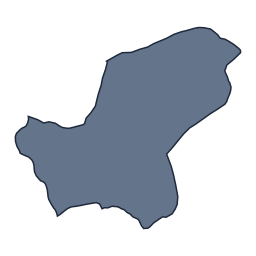 outline of Lingmukha, Punakha, Bhutan
{"feature_id": "84629894B76511771149478", "entity_name": "Lingmukha", "entity_type": "district", "adm_level": 2, "iso_a3": "BTN", "parent_name": "Bhutan", "parent_adm1": "Punakha", "projection": "robinson", "projection_center": [89.91, 27.547], "detail": "fine", "context": "isolated", "style": "filled", "palette": "slate", "viewbox_px": 256, "rotation_deg": 0, "n_neighbors": 0, "source": "geoboundaries", "source_scale": "gbopen_adm2", "svg_char_len": 2260}
<svg xmlns="http://www.w3.org/2000/svg" viewBox="0 0 256 256"><path d="M57.4,216.1L59.7,214.7L62.7,212.4L65.3,210.2L68.2,208.2L71.6,206.8L75.3,206.4L81.6,205.3L87.1,204.1L88.7,203.9L89.7,203.7L92.1,203.3L96.2,202.6L99.6,204.0L102.1,208.8L103.6,208.0L105.0,207.7L106.2,207.8L107.4,207.9L108.7,207.5L110.5,206.9L111.5,206.4L113.0,206.3L114.5,206.5L116.3,206.6L117.5,206.8L119.4,207.5L121.1,208.6L122.2,209.1L123.1,209.2L124.3,209.8L127.0,212.4L127.9,212.9L129.6,213.8L130.4,214.3L131.3,215.3L132.1,216.1L132.9,216.8L133.9,217.4L136.9,218.6L138.7,219.9L141.5,225.8L143.6,228.5L147.8,228.2L150.0,226.7L153.4,223.1L158.0,219.9L160.4,218.3L162.5,216.9L166.2,217.2L172.2,213.8L175.3,208.9L177.2,204.2L177.8,196.5L177.6,195.5L176.0,186.7L175.8,185.5L173.5,174.9L171.3,166.6L166.6,154.1L171.1,149.1L173.6,146.1L177.7,141.1L179.4,139.0L183.6,133.9L187.6,130.0L189.7,127.9L196.5,123.6L197.4,122.9L202.9,119.0L210.6,113.5L214.2,111.3L219.0,108.2L224.9,104.2L226.7,101.5L227.8,98.2L229.9,93.3L230.7,90.2L231.0,87.2L229.8,82.9L228.7,81.3L227.4,76.9L225.5,72.9L224.8,70.6L225.5,68.9L226.9,64.9L227.8,64.2L233.5,59.5L234.3,58.8L240.6,52.6L240.4,50.2L238.5,48.2L233.6,44.3L228.3,41.0L225.0,39.2L220.1,38.2L217.8,34.9L213.6,31.4L210.5,29.0L206.9,28.3L203.9,27.7L198.5,27.5L194.1,28.4L186.0,30.7L181.3,31.8L173.8,34.4L167.6,37.7L166.5,38.3L164.9,39.0L154.0,43.5L147.5,47.1L140.0,49.2L131.5,52.4L122.3,52.7L116.9,55.3L106.5,61.2L107.4,61.9L105.7,68.9L102.5,78.2L101.2,85.2L98.5,93.5L96.8,100.1L95.4,106.1L91.0,112.6L86.1,118.2L84.6,123.6L82.8,124.8L80.9,125.3L70.5,128.0L68.8,128.3L67.2,128.2L66.1,128.1L63.4,127.7L61.5,127.1L60.0,126.3L55.2,123.2L48.9,121.8L43.7,123.0L37.7,119.7L28.3,116.4L28.6,119.1L27.9,122.0L27.1,124.1L26.1,125.8L25.0,126.8L24.0,127.3L22.3,128.0L20.9,129.0L19.4,130.3L17.9,132.0L16.8,133.0L16.1,134.3L15.4,136.4L15.4,138.6L15.6,141.7L16.9,146.2L19.5,151.0L20.1,153.1L21.4,153.9L24.8,155.4L26.7,156.3L28.7,157.0L30.4,158.6L31.6,159.7L32.6,161.2L33.2,162.5L34.0,165.6L34.2,169.0L34.6,172.1L36.3,175.8L37.4,177.1L38.2,178.1L40.6,180.8L42.6,181.5L44.4,182.6L45.8,184.8L46.6,187.3L47.3,190.0L47.8,194.1L48.2,197.4L48.8,199.5L50.2,202.1L51.9,205.2L53.8,208.2L54.8,209.2L56.0,211.4L56.9,213.9L57.4,216.1Z" fill="#64748b" stroke="#1e293b" stroke-width="1.5"/></svg>